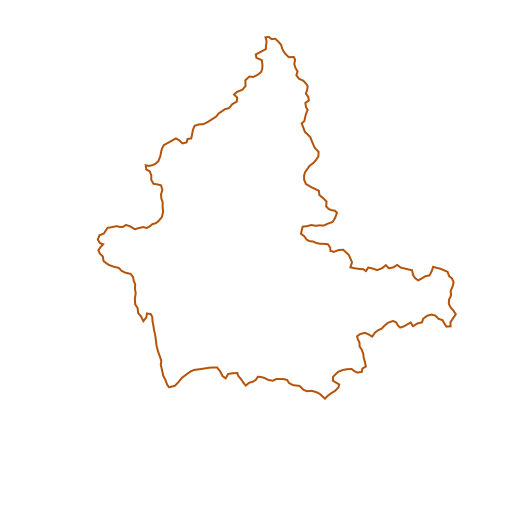 outline of Alfredo Chaves, Espírito Santo, Brazil, rotated 54°
{"feature_id": "56859067B34972821288679", "entity_name": "Alfredo Chaves", "entity_type": "district", "adm_level": 2, "iso_a3": "BRA", "parent_name": "Brazil", "parent_adm1": "Espírito Santo", "projection": "orthographic", "projection_center": [-40.823, -20.568], "detail": "fine", "context": "isolated", "style": "outline", "palette": "amber", "viewbox_px": 512, "rotation_deg": 54, "n_neighbors": 0, "source": "geoboundaries", "source_scale": "gbopen_adm2", "svg_char_len": 4376}
<svg xmlns="http://www.w3.org/2000/svg" viewBox="0 0 512 512"><g transform="rotate(54 256 256)"><path d="M168.0,128.2L165.0,128.1L161.1,126.0L161.3,121.9L158.2,120.2L153.9,120.2L151.9,117.3L149.2,114.5L146.2,114.2L141.9,114.7L137.8,117.1L133.5,117.1L131.1,113.9L126.8,113.5L123.2,112.2L120.2,109.0L117.2,108.5L114.5,112.6L109.4,113.5L104.7,113.2L99.9,111.6L95.8,111.9L91.5,112.8L89.7,115.9L86.3,116.9L84.7,119.8L88.7,121.3L91.7,124.2L94.4,126.5L93.9,129.8L93.4,133.5L92.8,137.7L95.9,139.2L101.0,136.2L105.4,138.6L108.1,140.8L110.1,143.5L110.4,148.2L109.6,152.8L106.9,156.0L107.6,161.4L112.3,164.5L113.5,169.3L112.0,175.1L112.5,178.9L116.9,178.1L119.8,180.8L119.2,185.9L120.5,191.1L118.9,195.0L118.9,198.4L118.7,202.1L119.8,206.3L119.5,211.8L119.2,216.3L118.4,221.1L116.0,224.8L114.6,229.2L116.9,232.9L120.4,236.6L122.8,239.3L121.1,242.6L123.3,245.4L121.7,249.3L117.6,250.0L113.8,251.6L113.1,257.6L112.1,265.5L114.0,269.2L116.2,271.8L118.9,274.6L121.9,279.2L122.3,283.5L121.5,286.8L120.2,289.6L117.8,291.9L121.6,293.9L124.9,292.2L129.2,293.3L132.9,296.0L137.3,296.5L140.1,293.7L143.0,291.3L147.5,292.9L150.4,296.7L153.9,298.8L157.5,299.8L161.8,303.0L165.0,304.7L167.2,306.9L169.3,309.6L170.5,314.8L170.5,318.0L169.3,321.1L169.6,324.5L169.1,328.0L166.4,330.1L164.7,333.8L163.1,338.3L158.2,340.3L154.5,342.9L154.2,346.8L152.2,349.3L149.9,351.3L147.9,355.7L146.0,359.5L147.1,362.7L148.4,365.9L147.2,370.4L149.7,374.3L153.9,374.6L156.7,372.8L157.5,376.9L158.7,380.1L162.0,380.9L166.4,380.2L170.4,382.3L174.0,381.3L176.9,380.2L181.0,377.4L184.9,374.1L189.0,373.4L192.6,371.6L196.8,367.9L200.9,367.9L204.2,369.5L208.0,370.4L211.3,373.2L215.6,375.3L219.1,378.9L224.0,382.1L228.6,382.4L232.7,384.8L237.3,384.6L242.5,385.4L241.1,380.7L238.4,378.0L241.1,375.3L244.4,375.8L248.2,378.2L251.9,379.9L256.1,382.1L259.4,383.4L262.8,385.1L267.0,387.5L270.8,389.5L275.2,391.2L278.5,392.2L282.7,393.4L285.4,394.4L287.9,396.9L292.9,399.0L298.2,401.4L303.4,402.2L307.8,403.5L311.1,403.5L313.3,397.9L312.4,392.7L311.0,387.5L310.9,380.7L311.0,376.2L311.9,372.8L314.5,368.1L319.4,358.6L323.3,353.0L327.9,352.8L333.6,353.6L337.2,352.5L335.1,348.0L336.9,344.2L339.7,339.9L342.6,340.8L347.3,340.5L351.0,340.7L354.8,340.4L354.5,336.1L355.9,332.2L356.1,328.9L354.8,325.5L356.8,323.1L359.5,320.9L363.5,318.9L366.8,315.7L367.5,311.8L369.5,309.1L371.7,306.1L374.6,303.7L378.2,303.9L382.2,302.0L386.7,297.1L392.2,296.2L395.3,294.3L397.8,290.2L401.5,287.3L404.7,285.6L408.1,284.8L411.9,284.1L411.3,280.4L411.2,275.8L411.6,271.1L410.7,266.5L408.8,264.2L405.9,265.5L402.0,267.1L399.0,264.6L398.4,260.9L398.0,257.6L399.2,252.8L401.1,248.9L403.6,245.1L407.2,244.0L409.9,242.5L411.9,238.5L409.6,236.1L410.0,232.1L405.8,230.2L401.7,228.7L397.9,226.6L394.3,225.6L390.0,225.3L386.7,223.1L383.2,222.6L380.4,221.5L380.3,218.0L382.1,213.0L385.8,210.9L389.5,209.4L387.8,204.6L387.9,200.4L388.7,196.9L387.9,193.3L387.6,188.4L389.1,183.3L392.1,181.6L395.6,182.0L398.6,181.5L399.8,177.9L400.3,173.5L400.7,170.0L405.1,170.2L405.5,164.7L407.3,160.7L405.1,157.8L404.9,152.9L406.5,148.5L409.5,146.0L414.2,145.2L417.5,142.8L421.3,143.3L425.0,143.5L427.3,139.9L423.9,137.7L422.3,133.4L420.5,128.6L415.7,128.4L411.9,128.8L408.0,128.1L404.6,125.3L402.6,121.4L398.6,119.0L396.1,114.7L393.4,111.6L389.3,110.6L385.8,111.6L381.4,110.3L377.4,112.7L374.5,114.5L372.0,116.6L368.9,119.0L371.5,122.7L373.7,127.0L371.9,130.9L371.6,135.0L371.1,139.1L367.6,140.3L363.6,140.1L359.3,138.1L356.7,140.4L353.7,142.9L350.3,145.8L346.2,147.0L345.9,151.6L344.1,155.7L339.7,156.4L340.0,161.0L338.6,166.3L336.1,168.0L333.7,169.8L331.3,172.0L332.9,175.9L329.7,177.0L327.5,179.7L323.8,183.5L320.7,186.3L317.5,182.0L309.6,180.3L302.2,181.8L299.8,185.5L298.4,190.6L295.7,192.8L293.0,191.1L288.7,190.9L286.5,193.4L283.8,196.9L280.9,199.6L277.6,201.5L275.6,203.9L272.5,205.4L268.1,205.4L264.5,206.6L261.7,203.4L259.7,201.0L261.8,197.3L263.5,193.0L266.7,189.9L268.6,186.5L271.2,183.3L272.1,178.6L273.5,174.2L272.0,170.2L268.6,165.0L265.7,165.6L263.4,167.9L260.9,169.5L257.2,170.1L253.3,166.9L248.5,167.7L244.0,168.9L240.2,166.8L237.4,168.3L233.2,170.6L227.0,173.3L222.5,172.2L219.2,169.8L217.1,167.1L215.9,163.7L214.5,159.5L214.5,155.2L213.8,151.7L212.2,147.1L208.6,144.2L202.9,144.9L196.6,143.5L191.8,142.2L188.2,142.7L184.5,143.5L179.3,142.1L175.6,141.1L175.2,137.5L172.2,134.2L170.1,131.5L168.0,128.2Z" fill="none" stroke="#b45309" stroke-width="2"/></g></svg>